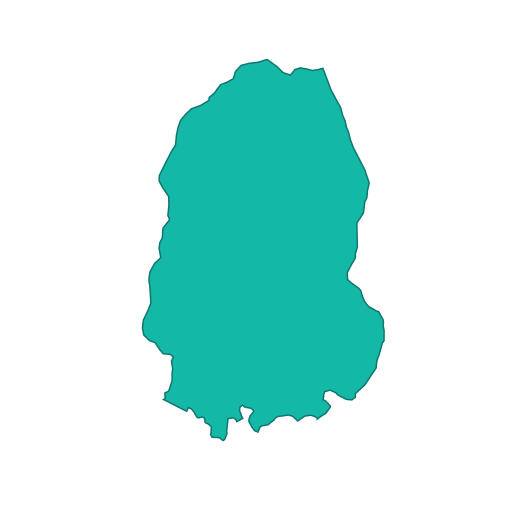 Awlad Saqr, Ash Sharqiyah, Egypt, rotated 330°
{"feature_id": "37247803B9128423140503", "entity_name": "Awlad Saqr", "entity_type": "district", "adm_level": 2, "iso_a3": "EGY", "parent_name": "Egypt", "parent_adm1": "Ash Sharqiyah", "projection": "albers", "projection_center": [31.765, 30.969], "detail": "fine", "context": "isolated", "style": "filled", "palette": "teal", "viewbox_px": 512, "rotation_deg": 330, "n_neighbors": 0, "source": "geoboundaries", "source_scale": "gbopen_adm2", "svg_char_len": 3540}
<svg xmlns="http://www.w3.org/2000/svg" viewBox="0 0 512 512"><g transform="rotate(330 256 256)"><path d="M364.0,91.5L362.4,91.0L361.5,90.8L355.9,89.6L355.0,89.4L345.9,85.5L343.8,85.0L338.5,83.5L331.6,85.6L330.2,86.2L326.8,89.4L325.0,91.1L317.6,91.0L313.1,90.3L311.1,89.9L310.6,90.1L305.5,92.2L301.7,94.1L301.1,94.2L296.8,94.9L294.9,95.2L292.9,97.7L283.8,97.9L282.9,97.9L273.8,96.2L266.4,97.9L258.6,100.8L253.2,105.3L252.6,106.0L251.3,107.4L247.4,111.7L246.6,112.9L241.9,119.5L241.5,119.8L234.5,123.5L232.5,124.8L230.3,126.3L225.3,129.4L224.7,129.8L212.5,138.0L210.6,141.0L209.7,142.4L209.3,150.7L209.5,151.5L210.1,161.0L209.4,162.3L206.4,167.7L206.1,168.3L203.8,171.5L201.3,175.0L200.0,176.8L199.9,177.3L199.5,180.7L198.5,181.7L194.8,183.2L194.2,183.4L189.5,185.3L187.5,188.2L185.1,191.7L184.4,192.8L183.7,193.7L179.3,196.4L176.0,200.8L172.7,209.8L167.7,211.0L164.6,211.7L156.3,216.7L153.7,219.9L152.9,220.9L151.9,222.2L150.2,225.5L149.3,228.4L142.5,242.0L141.3,244.1L141.0,244.5L139.2,246.0L135.3,249.1L129.6,253.0L129.2,253.3L126.5,255.1L121.6,261.7L119.3,268.4L121.5,276.1L123.3,278.2L125.3,280.6L125.8,288.9L126.8,294.3L132.6,298.3L133.9,302.3L131.8,303.6L131.2,304.0L130.3,304.6L129.2,307.4L127.5,312.0L126.5,313.2L124.4,316.1L124.1,316.7L122.6,319.3L120.9,322.2L112.9,329.3L109.4,329.2L108.6,329.1L107.2,331.6L106.8,333.2L104.9,334.1L104.2,334.1L118.3,355.8L119.8,354.8L121.7,353.5L123.7,356.3L124.3,360.1L124.2,365.1L124.7,367.0L126.0,367.7L128.4,368.4L129.7,369.0L130.2,371.6L128.9,374.0L128.9,375.3L130.1,376.6L131.3,379.1L131.9,381.7L128.7,386.6L127.4,387.9L127.4,388.7L127.3,391.0L130.4,393.0L133.5,395.0L134.6,398.1L135.2,399.4L136.8,399.2L137.3,399.1L142.2,395.2L142.8,393.3L150.5,382.8L155.5,384.8L156.7,387.3L156.6,389.9L163.4,390.0L163.5,386.9L164.2,385.0L164.2,382.5L165.5,380.0L166.8,378.8L169.9,378.4L170.5,380.8L171.7,382.1L175.4,385.3L176.3,387.2L176.6,387.9L175.9,389.7L170.9,391.5L169.6,392.7L167.7,394.6L167.0,396.4L167.0,399.6L166.9,402.1L167.4,406.5L169.7,409.5L172.4,407.3L174.3,406.1L175.5,406.1L176.8,406.1L178.0,406.8L182.3,408.2L185.5,407.6L189.2,407.1L192.3,405.9L194.8,406.0L204.7,410.0L205.9,411.3L206.4,411.8L207.7,413.2L208.3,415.1L209.5,419.6L210.7,419.6L217.6,419.1L218.8,419.2L221.9,420.5L223.7,421.2L226.2,423.8L227.4,425.7L228.0,427.0L227.5,427.9L229.7,427.5L237.8,427.1L244.7,424.1L245.4,422.9L243.6,415.9L242.3,414.1L243.2,412.9L243.7,412.2L244.4,411.5L244.4,410.9L247.6,407.8L253.1,409.2L256.8,414.4L257.3,416.9L259.1,420.1L260.9,422.7L261.5,423.9L263.3,425.9L265.5,427.4L267.0,428.5L271.4,428.0L273.3,424.9L274.7,424.6L277.2,424.0L280.3,423.3L285.9,422.0L290.1,419.9L304.1,413.0L308.0,407.5L310.3,405.4L313.5,402.8L321.9,394.6L324.5,393.4L329.6,384.7L331.6,379.1L332.9,377.8L333.6,376.3L334.2,374.7L334.4,365.3L333.2,364.6L329.6,358.2L329.0,358.2L327.8,353.8L327.3,350.0L328.0,344.3L329.4,338.1L328.9,335.5L325.2,327.0L324.7,326.0L323.5,322.2L324.2,320.9L326.8,316.0L334.4,311.1L340.0,308.1L341.9,306.3L342.6,304.4L348.3,298.9L354.8,287.0L359.7,278.2L360.0,277.7L363.8,275.9L366.2,274.7L370.7,272.3L377.1,263.7L380.9,261.2L384.1,256.9L384.1,256.3L390.5,249.5L393.3,235.7L394.5,210.6L395.9,202.4L397.9,195.5L398.7,189.9L400.7,183.6L401.4,177.4L403.5,169.8L403.6,163.6L403.9,151.3L403.9,150.3L407.8,126.9L406.3,126.5L403.9,125.9L402.9,125.7L402.2,125.6L401.1,125.0L399.5,124.2L397.6,123.6L394.5,120.5L392.8,118.8L390.9,117.3L388.5,115.3L382.9,114.0L382.4,114.2L376.4,116.5L373.7,113.6L371.2,110.9L369.3,104.1L368.8,102.4L364.0,91.5Z" fill="#14b8a6" stroke="#0f766e" stroke-width="1.5"/></g></svg>